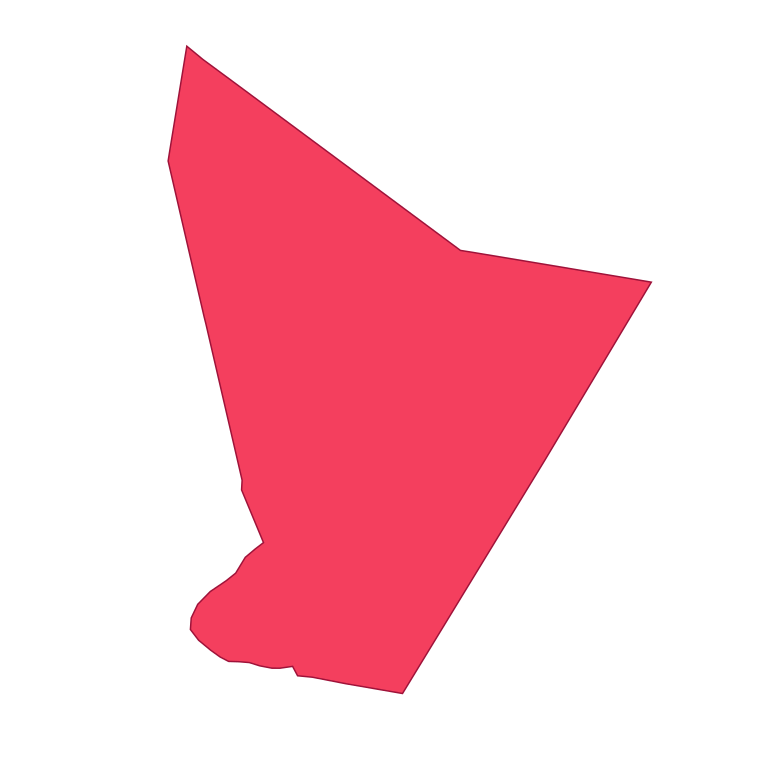 Francinópolis, Piauí, Brazil, rotated 99°
{"feature_id": "56859067B56401376312318", "entity_name": "Francinópolis", "entity_type": "district", "adm_level": 2, "iso_a3": "BRA", "parent_name": "Brazil", "parent_adm1": "Piauí", "projection": "orthographic", "projection_center": [-42.191, -6.417], "detail": "fine", "context": "isolated", "style": "filled", "palette": "rose", "viewbox_px": 768, "rotation_deg": 99, "n_neighbors": 0, "source": "geoboundaries", "source_scale": "gbopen_adm2", "svg_char_len": 624}
<svg xmlns="http://www.w3.org/2000/svg" viewBox="0 0 768 768"><g transform="rotate(99 384 384)"><path d="M187.7,632.1L197.5,632.1L345.2,572.4L353.0,569.1L501.2,509.1L510.9,508.1L559.5,478.2L567.1,485.4L576.9,493.9L594.0,500.9L603.0,509.1L616.1,523.1L630.7,533.5L645.2,537.8L656.8,536.8L666.1,527.0L674.2,513.3L679.3,503.1L682.3,494.1L681.0,484.0L680.2,473.5L681.8,462.7L682.2,450.3L681.0,442.4L677.2,430.1L685.7,423.7L684.8,409.0L686.0,374.8L686.5,337.9L686.8,317.3L433.8,213.1L241.6,135.9L240.1,317.3L240.1,329.4L112.2,574.3L91.8,613.6L81.2,631.6L187.7,632.1Z" fill="#f43f5e" stroke="#9f1239" stroke-width="1.5"/></g></svg>